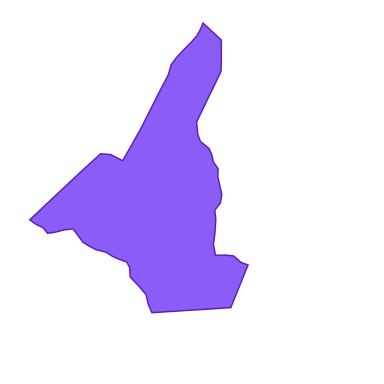 Camocim de São Félix, Pernambuco, Brazil (orthographic projection), rotated 133°
{"feature_id": "56859067B97810771102376", "entity_name": "Camocim de São Félix", "entity_type": "district", "adm_level": 2, "iso_a3": "BRA", "parent_name": "Brazil", "parent_adm1": "Pernambuco", "projection": "orthographic", "projection_center": [-35.778, -8.341], "detail": "fine", "context": "isolated", "style": "filled", "palette": "violet", "viewbox_px": 384, "rotation_deg": 133, "n_neighbors": 0, "source": "geoboundaries", "source_scale": "gbopen_adm2", "svg_char_len": 904}
<svg xmlns="http://www.w3.org/2000/svg" viewBox="0 0 384 384"><g transform="rotate(133 192 192)"><path d="M60.9,274.1L60.9,299.2L67.1,296.8L74.3,295.0L83.7,294.7L94.3,295.1L104.3,295.0L113.0,294.1L122.4,289.3L129.7,287.2L143.0,283.6L181.0,272.5L216.4,264.0L220.1,277.1L226.4,284.9L254.6,287.2L323.1,291.7L322.0,284.0L319.7,276.6L320.7,269.5L315.4,265.1L307.0,259.7L300.1,253.9L301.6,245.5L303.1,237.5L301.8,230.7L299.7,223.0L294.7,213.9L293.3,206.5L291.4,200.5L287.7,191.9L289.7,186.2L296.3,179.2L297.1,166.7L298.4,155.6L304.0,147.4L307.6,139.0L250.1,84.8L207.1,101.3L210.1,108.0L210.4,118.1L215.4,124.6L222.3,131.7L215.6,140.7L206.4,147.2L195.4,156.3L189.7,163.0L180.7,163.7L173.3,168.7L168.4,176.0L163.3,183.5L157.1,188.9L155.4,197.0L151.6,202.4L148.6,209.1L149.3,220.3L146.0,227.0L137.7,236.4L84.1,253.0L76.4,259.7L67.3,268.2L60.9,274.1Z" fill="#8b5cf6" stroke="#5b21b6" stroke-width="1.5"/></g></svg>